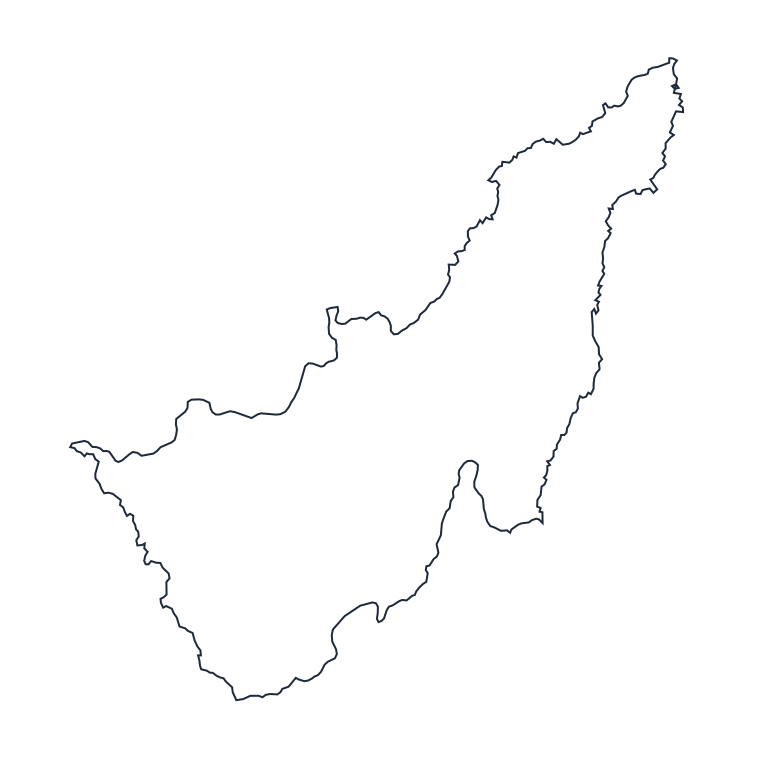 Carmo do Paranaíba, Minas Gerais, Brazil, rotated 356°
{"feature_id": "56859067B90709796561443", "entity_name": "Carmo do Paranaíba", "entity_type": "district", "adm_level": 2, "iso_a3": "BRA", "parent_name": "Brazil", "parent_adm1": "Minas Gerais", "projection": "equal_earth", "projection_center": [-46.167, -18.877], "detail": "fine", "context": "isolated", "style": "outline", "palette": "slate", "viewbox_px": 768, "rotation_deg": 356, "n_neighbors": 0, "source": "geoboundaries", "source_scale": "gbopen_adm2", "svg_char_len": 6129}
<svg xmlns="http://www.w3.org/2000/svg" viewBox="0 0 768 768"><g transform="rotate(356 384 384)"><path d="M532.5,533.8L533.1,523.0L530.3,522.2L531.6,518.6L528.2,517.0L529.0,510.3L532.5,505.8L534.0,497.4L537.2,495.3L539.4,490.9L537.0,488.4L539.4,486.3L540.9,482.0L541.2,477.3L543.9,476.4L541.4,472.5L544.8,471.9L548.0,468.3L548.6,462.7L551.7,460.7L552.3,456.5L555.8,451.7L557.2,447.2L560.3,447.5L562.7,445.3L563.5,440.8L566.1,437.0L567.7,431.4L570.3,426.4L573.4,425.5L575.7,422.1L575.7,416.8L578.7,409.8L581.3,411.6L584.6,410.8L587.2,406.9L589.7,408.6L592.8,403.2L593.1,398.4L594.3,392.4L596.5,388.0L600.1,384.3L599.9,377.8L603.3,374.4L600.6,369.4L600.7,362.2L597.9,356.4L595.6,350.3L596.3,340.3L596.2,326.7L599.0,323.9L600.4,328.6L603.1,325.4L602.2,320.0L604.1,316.9L600.7,315.1L606.2,310.2L604.3,307.5L605.5,304.1L607.7,301.3L604.4,300.7L606.2,296.8L611.4,289.5L609.8,286.5L611.9,282.7L610.4,278.9L611.3,273.7L611.1,268.0L613.4,262.7L614.5,256.8L617.6,254.3L620.6,249.3L618.3,246.9L621.4,244.9L618.6,241.3L616.6,237.1L619.8,233.3L621.8,229.0L620.4,224.6L624.5,225.4L624.2,221.4L628.2,218.1L630.9,214.4L633.6,212.8L644.7,208.7L647.8,207.8L648.8,211.7L653.2,212.4L655.3,208.7L658.5,208.0L662.7,207.5L666.1,212.1L670.1,208.9L663.9,198.6L667.0,197.3L668.8,194.2L671.9,191.0L674.6,188.6L677.7,187.8L680.4,184.4L678.0,180.6L680.2,176.4L677.8,173.0L681.4,168.8L681.7,163.4L687.1,158.0L690.5,155.8L686.7,153.0L690.3,146.6L688.9,142.6L694.3,132.4L701.3,133.6L701.4,129.0L697.7,126.2L701.1,122.8L698.6,119.8L700.4,115.4L693.5,113.8L694.7,109.9L692.1,106.8L696.2,105.4L697.7,99.6L694.7,95.1L694.3,88.8L695.9,85.0L698.8,81.7L694.9,79.4L691.3,78.9L690.9,83.4L679.2,86.8L674.4,87.2L670.1,88.8L668.8,92.8L666.0,93.8L658.9,94.6L655.0,95.9L652.1,97.9L647.7,104.4L645.9,109.3L647.3,113.6L642.7,120.5L639.4,123.0L636.4,123.4L633.2,122.4L630.3,124.0L627.0,123.7L624.5,119.5L621.9,121.0L623.6,129.2L620.2,132.9L615.8,134.0L610.3,136.6L609.4,141.0L606.4,142.8L608.0,146.4L599.8,148.6L597.3,147.0L595.6,150.6L592.4,153.6L589.2,155.6L585.5,157.2L579.1,157.8L573.0,151.8L570.2,156.2L566.7,154.0L562.7,154.0L559.9,150.5L556.6,152.0L552.2,152.9L549.0,155.0L547.0,158.8L543.6,158.8L541.0,161.2L533.8,163.0L531.9,167.4L529.2,166.0L527.6,169.4L524.5,171.9L517.6,170.6L516.8,174.8L514.1,175.1L510.5,178.3L505.4,185.6L502.3,188.0L505.8,190.0L509.9,189.2L513.1,193.5L510.6,196.9L511.3,200.6L510.3,204.3L511.0,208.4L509.7,213.5L506.4,221.2L502.7,223.2L503.8,227.3L500.6,226.9L497.5,224.9L493.6,230.4L491.1,227.3L487.4,233.3L484.2,234.7L480.6,234.7L478.3,237.4L478.0,242.7L479.5,246.9L476.2,249.3L474.1,252.1L473.9,255.9L470.7,256.9L467.0,256.9L463.7,258.8L465.7,261.3L466.7,266.9L463.3,270.1L456.9,269.4L457.0,274.7L455.5,279.3L457.3,282.1L456.3,286.5L448.5,298.3L445.5,301.9L442.6,302.9L439.8,305.3L435.9,306.4L430.7,313.0L424.9,317.2L422.5,322.2L417.7,325.4L414.2,326.4L410.3,329.9L405.6,332.0L401.3,335.0L397.3,335.1L394.5,331.5L394.9,326.4L394.0,322.9L392.1,319.0L389.3,316.6L386.0,315.3L383.7,311.9L380.4,312.7L370.7,318.6L368.2,316.6L364.8,316.1L361.4,317.0L355.9,316.9L349.6,321.1L346.2,321.2L342.2,320.0L340.0,317.2L341.4,312.5L343.4,308.3L343.1,303.9L335.7,304.5L332.1,305.7L333.8,314.5L333.7,319.3L332.7,323.2L332.7,330.1L335.3,334.3L338.9,336.6L339.4,341.8L338.8,346.8L339.3,350.4L338.8,354.6L335.6,357.0L330.2,358.0L327.3,359.6L325.1,361.9L322.2,362.2L314.5,358.7L310.2,358.0L306.6,360.8L298.8,382.2L293.4,391.7L290.3,395.6L287.5,400.4L283.7,404.7L278.4,406.9L274.1,407.0L259.4,404.7L256.1,405.4L249.5,408.7L233.2,401.6L228.3,400.4L217.9,403.0L214.0,402.7L210.9,400.2L209.4,396.6L208.5,390.6L202.5,387.2L198.1,386.4L190.8,386.2L187.0,388.2L186.3,394.2L183.8,397.7L174.3,404.4L173.6,409.7L174.3,414.9L173.1,420.3L171.3,425.1L168.2,427.4L156.6,431.5L153.2,434.8L149.2,437.3L137.1,438.7L133.3,435.5L128.8,434.3L125.6,436.0L117.5,441.9L113.6,443.3L110.9,441.9L105.3,432.5L102.6,431.5L99.3,431.4L96.2,428.3L92.7,426.9L88.7,426.4L84.8,421.4L81.2,419.9L68.7,421.6L66.6,425.1L70.8,426.4L72.9,429.6L76.7,431.1L80.2,435.2L82.7,432.5L85.5,433.5L89.0,433.8L90.7,438.7L94.0,441.6L89.7,453.7L89.6,458.1L93.4,463.9L94.8,468.9L97.2,473.5L101.4,473.2L105.7,474.6L113.4,481.5L112.2,486.2L115.3,489.0L116.5,493.5L118.4,497.7L121.6,495.8L124.7,497.9L124.1,503.3L126.0,507.5L126.5,511.7L128.5,514.2L128.7,519.0L126.0,522.6L126.7,527.8L131.3,527.8L134.2,526.4L133.4,531.2L136.5,534.9L133.9,538.6L132.4,543.7L133.7,547.2L136.4,547.5L139.4,544.4L144.3,546.4L148.4,546.9L150.3,551.7L156.0,558.1L156.5,562.9L153.1,566.4L152.4,578.9L149.1,581.5L146.1,582.7L146.2,586.7L148.1,591.7L151.2,590.3L156.7,593.4L158.2,597.9L161.0,602.5L163.1,611.7L168.7,613.9L171.3,616.7L175.7,619.0L177.2,626.6L179.5,632.7L182.3,637.0L182.4,642.0L179.6,641.8L180.6,647.0L180.8,652.2L181.7,655.8L187.3,657.6L190.0,659.7L193.0,660.2L196.7,663.4L200.2,665.4L203.4,666.4L205.2,669.4L211.3,675.9L211.6,680.9L214.6,689.1L221.5,688.5L229.0,685.7L237.2,686.3L241.0,688.0L244.2,685.9L248.5,685.3L256.0,686.2L259.1,684.3L261.4,681.0L267.7,679.3L275.5,671.0L278.3,672.8L283.8,674.9L287.7,674.5L291.4,672.9L294.5,670.8L297.8,669.8L301.1,666.7L305.2,659.8L308.5,657.2L315.9,654.2L318.1,650.2L317.7,645.4L314.4,637.4L314.4,630.6L315.9,625.3L328.7,612.7L344.8,603.5L357.1,601.1L360.6,602.1L362.4,605.7L361.8,612.0L360.5,617.8L362.0,621.1L364.8,620.3L367.6,618.0L370.9,609.9L373.3,606.5L377.1,605.5L384.4,601.5L387.3,600.7L391.4,601.5L397.2,597.3L400.0,596.6L401.7,593.1L405.2,589.3L408.8,586.3L412.4,584.3L414.4,575.7L412.7,572.5L413.6,568.7L416.7,568.3L421.3,562.1L424.7,559.8L426.5,556.1L425.3,547.5L430.2,538.8L432.0,527.2L433.7,523.0L437.2,515.6L440.8,512.5L442.4,505.4L445.3,501.8L445.3,496.0L447.1,492.2L450.8,490.0L452.9,482.6L452.2,478.9L453.1,475.1L458.3,468.9L461.9,466.7L466.2,466.7L468.9,468.1L472.0,471.1L471.5,476.0L469.9,481.5L467.2,487.9L467.0,493.5L470.8,499.7L473.4,502.5L474.7,506.0L474.9,516.0L476.0,520.2L476.4,524.6L477.5,528.6L480.1,533.1L484.1,534.8L490.4,538.6L496.4,538.6L499.4,541.2L501.0,538.0L507.8,533.8L511.5,532.6L518.7,532.2L522.4,530.0L526.6,529.0L529.3,530.0L532.5,533.8ZM694.7,109.9L698.6,109.2L696.2,105.4L694.7,109.9Z" fill="none" stroke="#1e293b" stroke-width="2"/></g></svg>